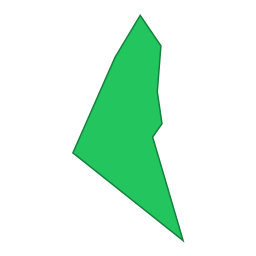 map outline of Plaisance (Robinson projection)
{"feature_id": "SYC-5216", "entity_name": "Plaisance", "entity_type": "state/province", "adm_level": 1, "iso_a3": "SYC", "parent_name": "Seychelles", "parent_adm1": "", "projection": "robinson", "projection_center": [55.472, -4.654], "detail": "fine", "context": "isolated", "style": "filled", "palette": "green", "viewbox_px": 256, "rotation_deg": 0, "n_neighbors": 0, "source": "natural_earth", "source_scale": "10m", "svg_char_len": 257}
<svg xmlns="http://www.w3.org/2000/svg" viewBox="0 0 256 256"><path d="M140.2,15.4L160.9,45.8L157.3,91.8L162.0,123.7L152.6,137.0L170.7,198.4L183.1,240.6L72.9,152.9L101.0,89.1L115.1,57.2L140.2,15.4Z" fill="#22c55e" stroke="#15803d" stroke-width="1.5"/></svg>